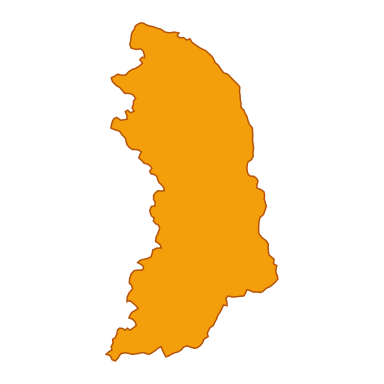 the district of Ipanema, Minas Gerais, Brazil
{"feature_id": "56859067B93815931162644", "entity_name": "Ipanema", "entity_type": "district", "adm_level": 2, "iso_a3": "BRA", "parent_name": "Brazil", "parent_adm1": "Minas Gerais", "projection": "mercator", "projection_center": [-41.764, -19.755], "detail": "fine", "context": "isolated", "style": "filled", "palette": "amber", "viewbox_px": 384, "rotation_deg": 0, "n_neighbors": 0, "source": "geoboundaries", "source_scale": "gbopen_adm2", "svg_char_len": 3790}
<svg xmlns="http://www.w3.org/2000/svg" viewBox="0 0 384 384"><path d="M143.6,266.6L142.8,269.8L139.0,270.1L134.3,270.5L131.1,274.0L129.6,278.9L129.3,283.0L131.5,285.3L132.6,288.9L129.9,291.7L128.5,294.2L127.3,296.9L126.9,301.6L129.9,300.7L133.2,303.3L136.3,306.1L138.1,308.5L134.9,310.6L131.8,312.4L130.1,315.1L128.9,317.9L132.4,319.1L135.3,322.0L136.3,325.5L132.6,328.4L129.8,330.2L127.4,328.2L125.3,330.2L122.7,328.5L119.7,328.1L117.6,329.8L117.0,333.4L115.3,337.7L112.6,339.3L113.0,343.1L111.2,346.6L111.9,349.9L108.9,351.7L106.1,354.4L109.9,355.4L112.2,359.8L115.3,361.0L118.1,358.0L119.8,354.9L121.9,353.3L125.9,352.8L129.6,353.6L132.6,354.4L135.3,353.9L138.6,353.5L141.2,352.7L144.2,352.7L146.8,353.9L149.4,354.2L152.6,352.4L156.0,350.0L158.1,348.2L161.0,346.6L162.4,350.1L164.2,353.8L166.0,356.9L168.6,356.0L170.8,354.5L174.9,352.7L178.2,351.8L181.1,350.0L183.7,347.0L187.5,345.9L191.0,347.3L194.7,348.3L197.5,347.6L200.3,345.5L202.6,342.8L203.6,339.8L205.7,338.0L208.2,336.6L207.2,333.5L208.5,330.5L210.1,327.6L213.4,325.4L215.2,321.3L216.7,318.9L217.4,316.1L219.1,313.7L220.5,311.3L221.9,308.6L223.5,305.0L227.1,305.7L226.8,301.8L225.9,298.1L228.1,296.0L232.2,297.0L236.4,296.8L240.2,296.2L243.8,296.0L245.3,293.6L246.9,289.7L250.1,290.5L253.2,292.1L257.0,292.0L260.5,292.5L263.2,291.2L266.0,288.4L270.0,286.7L273.2,284.0L275.8,281.6L277.9,278.9L277.1,275.1L275.9,272.6L275.9,269.5L276.8,265.6L273.5,263.8L274.1,259.1L271.3,256.9L269.0,254.9L268.4,251.5L268.1,246.7L268.3,243.9L266.2,240.8L262.1,237.6L259.7,235.0L258.7,232.3L258.6,229.2L258.7,225.1L259.0,221.7L259.9,217.7L263.5,214.4L265.2,209.7L266.3,206.4L265.3,202.8L264.2,199.0L264.6,195.1L263.9,191.8L261.0,189.6L257.0,188.1L256.8,185.4L258.0,181.0L256.3,178.1L253.7,176.3L250.4,176.1L248.3,174.5L247.2,171.4L246.9,168.2L247.3,164.6L248.1,161.7L251.1,160.0L253.2,156.5L253.0,152.0L253.6,148.5L253.2,144.5L252.5,140.3L252.8,135.5L252.5,131.6L252.4,127.9L249.4,124.3L248.0,120.7L246.9,116.4L244.9,112.9L243.8,110.1L241.0,107.4L241.0,103.0L240.2,99.6L240.1,95.7L239.5,91.8L239.8,87.0L236.8,83.4L233.6,80.4L230.8,77.4L229.0,75.3L226.7,73.8L223.6,72.8L221.1,69.5L218.2,65.2L215.1,62.5L213.6,59.0L211.8,56.3L208.8,53.5L205.5,50.5L202.9,49.4L200.5,48.2L197.5,46.3L195.0,44.5L192.1,42.5L190.0,38.8L186.8,40.1L183.7,37.6L179.3,37.7L177.2,35.6L179.0,33.0L174.3,32.1L169.6,32.8L165.2,32.2L163.1,30.6L160.4,29.0L157.0,28.2L153.1,26.7L148.9,25.8L145.8,24.7L143.6,23.2L140.3,23.0L137.6,24.4L135.2,26.2L134.3,29.4L132.4,31.8L131.3,35.1L130.9,38.8L130.5,41.6L129.8,44.6L131.2,48.1L136.0,49.4L140.8,48.9L143.2,51.1L144.1,53.9L144.7,57.5L142.0,57.3L139.8,59.7L142.5,63.1L139.6,65.9L135.5,68.4L132.1,69.5L128.7,71.7L125.7,75.0L120.9,75.2L117.8,74.1L114.6,76.2L111.2,77.8L112.5,81.6L116.3,85.5L119.9,87.6L122.6,90.9L124.9,93.4L127.8,93.3L130.7,93.7L133.3,95.1L135.8,98.6L133.6,100.9L133.3,104.6L132.1,108.0L134.1,111.2L130.5,112.8L127.7,110.2L125.3,111.6L126.9,115.3L127.0,119.2L124.0,119.8L120.7,120.2L116.8,117.4L113.8,118.8L112.5,121.2L111.6,124.4L110.9,128.0L115.2,130.0L119.4,131.0L122.1,134.9L125.4,138.2L126.3,142.4L127.3,145.0L129.3,147.4L132.5,149.6L135.9,149.5L138.9,150.2L141.4,151.9L140.1,154.3L138.7,157.8L141.5,160.4L144.1,163.2L146.7,163.8L149.6,165.3L151.9,168.2L149.7,171.2L151.1,174.0L153.8,174.3L156.9,176.4L157.9,180.3L159.2,182.7L161.8,185.0L163.8,187.8L164.2,190.8L161.1,191.0L157.9,190.7L155.5,192.7L153.6,195.2L153.6,199.5L155.2,202.1L154.9,205.9L151.4,206.4L149.8,210.2L150.4,213.5L151.7,216.1L154.2,218.1L153.3,220.9L155.6,223.6L158.6,225.2L159.7,228.5L158.6,231.4L157.6,234.2L156.1,237.1L155.6,241.5L158.1,243.1L160.2,244.9L161.3,247.9L156.5,248.2L152.7,250.1L152.2,253.6L150.7,257.1L147.3,258.5L143.3,259.4L139.7,260.5L137.6,262.6L140.9,264.3L143.6,266.6Z" fill="#f59e0b" stroke="#b45309" stroke-width="1.5"/></svg>